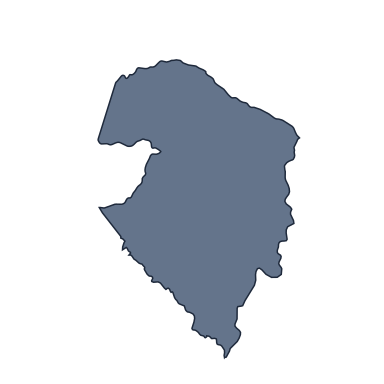 the border of Concepción, rotated 217°
{"feature_id": "PRY-603", "entity_name": "Concepción", "entity_type": "Department", "adm_level": 1, "iso_a3": "PRY", "parent_name": "Paraguay", "parent_adm1": "", "projection": "robinson", "projection_center": [-57.042, -22.793], "detail": "fine", "context": "isolated", "style": "filled", "palette": "slate", "viewbox_px": 384, "rotation_deg": 217, "n_neighbors": 0, "source": "natural_earth", "source_scale": "10m", "svg_char_len": 4963}
<svg xmlns="http://www.w3.org/2000/svg" viewBox="0 0 384 384"><g transform="rotate(217 192 192)"><path d="M66.4,79.3L66.5,79.4L68.0,80.8L69.3,83.3L71.0,85.3L75.6,86.9L77.1,86.9L79.4,85.8L80.4,85.7L81.5,86.4L83.5,88.7L84.1,89.3L85.8,88.8L88.0,86.8L89.4,86.9L90.8,87.2L91.8,87.0L93.5,86.1L93.2,85.9L93.2,85.0L93.5,84.1L93.7,83.6L94.2,83.5L95.6,84.0L96.1,84.0L98.8,82.9L100.6,83.1L102.4,83.7L105.2,83.8L106.7,83.4L107.8,82.7L108.8,82.4L110.0,83.1L112.2,89.4L113.8,92.6L115.6,94.5L117.9,95.2L121.2,94.6L122.4,94.1L123.0,93.7L123.7,93.5L125.4,93.7L126.4,94.1L129.6,96.4L134.9,95.0L136.1,95.1L138.9,96.3L140.4,96.4L142.4,97.2L146.9,100.3L147.8,100.3L148.3,99.3L149.4,99.6L151.5,100.9L153.1,100.9L153.8,100.0L154.0,99.0L154.2,98.5L156.3,98.7L162.4,100.3L165.0,99.8L168.4,96.8L170.3,96.3L170.9,96.9L171.3,99.3L172.3,100.2L173.6,100.3L174.4,99.9L175.2,99.3L176.2,99.1L178.5,99.4L182.6,101.1L183.8,101.8L183.9,102.1L184.0,102.8L184.7,103.5L187.1,103.9L187.9,104.2L188.7,104.3L189.7,103.8L191.4,103.3L195.8,103.7L198.0,103.5L201.4,104.7L202.9,104.8L204.4,103.7L204.3,106.2L204.9,106.8L206.1,106.6L207.4,106.7L209.8,108.0L211.2,108.1L212.7,104.0L214.3,106.4L215.7,110.4L216.0,112.4L219.2,112.9L221.0,112.3L222.2,113.7L251.1,121.5L256.7,123.8L256.1,124.3L252.9,126.1L252.2,126.7L246.3,135.7L245.3,136.6L240.9,139.8L240.2,140.6L239.7,141.5L239.3,142.4L239.2,143.5L239.8,146.9L239.6,148.2L239.2,149.0L237.8,150.1L237.5,150.9L237.5,152.0L238.2,155.2L238.3,156.1L238.2,159.1L238.5,162.1L238.5,163.9L238.2,165.4L237.8,166.6L237.6,168.4L237.9,169.9L238.5,171.0L239.8,172.8L240.0,174.0L240.0,175.1L239.6,177.5L239.9,178.6L240.5,179.3L241.3,179.8L242.0,180.4L242.9,181.5L244.0,183.5L245.1,186.7L246.2,193.1L247.0,195.9L246.9,197.6L246.3,198.6L243.2,200.7L242.3,201.9L241.6,203.1L241.2,205.0L241.3,205.6L241.9,205.7L242.7,205.7L244.5,205.7L247.1,205.4L247.8,205.2L248.4,204.8L249.5,203.6L250.1,203.3L251.0,203.5L251.8,204.1L253.1,205.5L253.9,206.3L254.8,206.8L255.6,207.1L256.5,207.2L257.3,207.1L258.0,206.9L260.7,205.6L262.2,205.2L262.9,204.8L263.4,204.3L264.5,201.9L265.9,199.9L266.3,199.2L266.6,198.2L267.0,195.2L267.2,194.2L267.7,192.8L267.9,192.5L268.0,192.3L268.9,191.3L270.0,190.4L270.7,190.0L271.4,189.7L278.6,188.3L279.4,188.1L280.7,187.4L281.3,186.9L281.8,186.3L282.7,185.0L284.3,182.1L284.8,181.4L285.3,180.8L285.9,180.4L286.6,180.1L288.2,179.7L288.9,179.4L289.5,179.0L293.0,176.1L293.6,175.7L294.4,175.6L295.1,175.6L295.9,175.8L297.9,176.7L298.6,177.5L299.0,178.4L318.6,233.1L318.7,234.1L318.4,235.8L318.2,241.5L318.1,242.4L317.8,243.2L317.3,243.7L316.6,244.0L315.8,244.1L315.1,243.8L313.8,243.2L313.1,243.1L312.6,243.4L312.2,244.1L312.1,245.0L312.1,246.0L312.3,247.6L312.2,248.3L311.6,248.8L311.0,249.1L310.4,249.6L310.0,250.2L309.7,251.1L309.5,251.9L309.4,253.0L309.4,254.3L310.0,256.6L310.0,257.8L309.7,258.7L309.2,259.2L303.9,262.2L302.7,263.1L302.2,263.6L301.7,264.2L301.3,264.9L300.7,266.4L300.2,267.0L299.0,267.8L298.4,268.3L297.9,268.9L297.5,269.5L297.2,270.3L297.0,271.1L296.5,275.0L296.2,276.6L296.1,277.0L295.8,277.5L295.6,277.9L294.9,278.5L290.5,280.5L288.7,282.7L287.6,284.7L285.8,286.2L284.0,288.1L280.7,289.9L279.7,290.0L278.9,289.9L278.0,289.8L276.8,289.7L271.3,291.3L265.3,294.6L264.3,295.0L263.0,295.0L261.0,295.2L256.7,296.3L254.6,296.5L253.4,296.4L252.4,295.2L251.3,294.9L249.7,294.7L246.1,295.2L244.3,295.2L243.0,295.0L239.7,293.1L238.3,292.9L236.4,292.8L228.4,293.2L221.6,291.5L218.3,291.1L217.1,291.2L216.2,291.6L215.0,292.7L214.1,293.4L213.2,293.7L212.1,293.8L208.6,293.6L207.2,293.8L205.3,294.3L202.7,295.6L201.6,295.8L200.8,295.8L199.7,295.4L198.6,295.1L197.2,294.9L196.2,295.1L195.4,295.4L194.8,295.8L194.3,296.3L193.3,297.0L187.3,299.0L177.5,300.6L171.1,300.6L169.7,300.8L168.7,301.1L166.4,302.5L163.6,303.6L162.1,303.9L161.1,304.0L160.8,304.0L151.7,304.7L150.8,304.6L149.3,304.2L148.7,303.9L145.2,301.8L144.5,301.5L143.8,301.1L142.2,300.4L138.7,299.9L139.2,298.3L139.2,297.2L138.7,295.5L137.8,290.8L137.6,289.6L137.2,288.7L135.3,287.1L134.4,285.3L132.0,283.0L131.2,281.4L130.8,279.1L131.1,278.1L131.9,277.0L133.1,274.9L133.7,273.3L134.0,272.3L134.0,268.9L133.5,268.0L131.2,265.6L129.8,264.4L126.4,259.7L125.2,258.5L124.3,257.8L119.2,255.2L116.5,253.3L114.3,250.9L113.4,248.3L113.4,245.0L113.2,242.4L112.2,240.4L109.6,239.2L104.2,239.1L102.0,238.3L101.2,235.3L99.9,233.5L93.8,230.3L91.7,228.2L94.7,221.9L94.0,218.6L92.2,216.0L87.6,211.5L87.4,209.9L88.7,208.5L90.5,207.0L91.7,205.5L91.9,203.6L91.3,202.1L89.9,200.1L89.0,197.3L88.6,196.5L87.6,195.2L86.3,194.6L83.2,194.8L82.0,194.1L81.1,192.4L80.4,188.7L79.7,187.1L78.5,186.3L75.4,185.4L74.1,184.7L71.1,179.9L72.6,175.2L77.1,171.7L83.4,170.8L89.3,171.9L92.3,171.8L93.6,170.2L93.0,166.9L91.5,164.2L88.0,159.9L86.0,155.0L84.3,137.1L83.5,133.5L83.1,131.7L84.0,130.5L86.5,128.0L85.9,126.2L79.6,117.7L78.2,112.4L76.9,110.7L74.4,110.1L70.9,109.9L68.8,109.1L67.5,107.2L66.4,103.6L65.9,99.8L67.3,90.0L66.3,87.4L65.3,80.8L66.4,79.4L66.4,79.3Z" fill="#64748b" stroke="#1e293b" stroke-width="1.5"/></g></svg>